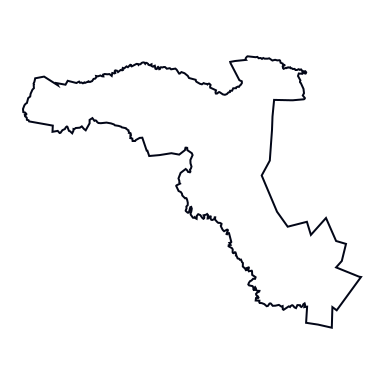 El Tule, Chihuahua, Mexico (orthographic projection)
{"feature_id": "50627088B96078514401884", "entity_name": "El Tule", "entity_type": "district", "adm_level": 2, "iso_a3": "MEX", "parent_name": "Mexico", "parent_adm1": "Chihuahua", "projection": "orthographic", "projection_center": [-106.33, 27.016], "detail": "fine", "context": "isolated", "style": "outline", "palette": "ink", "viewbox_px": 384, "rotation_deg": 0, "n_neighbors": 0, "source": "geoboundaries", "source_scale": "gbopen_adm2", "svg_char_len": 5843}
<svg xmlns="http://www.w3.org/2000/svg" viewBox="0 0 384 384"><path d="M331.8,327.7L332.4,307.1L336.7,310.3L361.0,277.0L359.1,276.7L336.1,267.4L341.8,261.0L346.0,243.9L336.1,241.0L326.0,218.0L310.9,234.9L306.9,221.8L287.7,226.7L277.0,211.7L261.7,175.5L269.8,160.6L272.0,130.0L272.5,116.5L274.1,99.9L292.5,100.3L303.8,99.3L304.5,98.9L304.9,98.1L302.8,95.5L304.0,93.2L303.5,88.9L300.8,83.0L300.1,82.4L300.0,81.4L300.4,80.4L298.0,76.0L298.8,73.5L302.4,73.8L302.9,73.3L302.5,72.3L303.2,72.1L305.2,73.6L305.8,73.4L306.2,72.3L305.3,71.2L303.9,71.4L302.3,70.9L301.0,69.4L299.9,69.9L298.7,69.2L296.9,70.0L295.5,70.0L294.6,68.9L292.8,69.0L291.6,68.2L290.7,68.2L290.1,67.3L289.1,67.7L288.1,67.3L286.6,68.1L286.1,67.8L283.6,68.8L283.1,68.3L282.7,66.4L284.5,65.3L284.4,64.9L283.0,64.7L282.7,63.6L280.6,62.7L280.1,60.7L279.6,60.2L277.3,60.4L275.1,59.8L272.4,60.5L269.2,58.3L267.7,58.7L264.7,58.7L263.2,58.0L262.0,58.9L260.7,58.0L258.6,58.2L257.4,56.9L255.6,57.2L247.6,56.3L246.9,56.7L245.8,58.1L245.5,59.3L246.0,59.9L235.1,61.0L230.2,61.9L230.5,63.1L239.4,80.2L241.8,81.3L241.9,83.0L240.9,84.7L239.9,85.5L238.9,86.9L238.0,86.6L236.3,87.3L236.0,88.2L233.2,88.3L232.1,90.7L230.1,90.8L229.9,92.1L228.5,92.4L226.8,94.1L224.9,94.8L222.9,94.4L219.5,92.1L218.9,92.1L216.9,93.6L215.8,93.5L215.5,92.2L216.0,90.3L210.2,87.6L210.1,86.4L210.6,85.0L209.4,83.7L208.5,83.7L207.5,84.4L207.3,84.0L204.9,83.7L203.7,83.1L201.9,84.3L200.0,83.8L196.5,81.8L195.9,81.0L195.7,79.8L189.0,78.0L187.8,75.9L184.5,73.2L181.4,72.1L179.7,73.6L179.1,73.6L176.7,69.8L175.4,68.6L171.1,69.3L169.8,68.2L166.8,68.7L165.1,67.1L163.9,67.0L162.1,67.5L161.0,67.2L160.2,67.8L159.8,69.1L159.2,69.2L158.8,67.5L158.1,66.9L157.6,67.3L157.1,68.7L156.2,69.1L155.4,68.7L154.8,65.7L153.9,66.0L153.4,66.6L152.6,66.6L151.6,66.0L151.5,64.3L150.7,64.7L150.6,65.3L150.0,65.3L148.5,64.8L148.1,63.9L146.7,62.9L145.8,62.9L145.2,63.8L144.3,62.6L143.2,62.4L141.7,62.9L140.5,64.2L139.0,64.3L138.5,64.9L137.9,64.0L136.5,63.9L131.7,66.4L131.1,66.0L131.0,65.0L130.3,64.8L127.9,67.2L126.5,66.4L124.2,68.4L122.8,67.9L122.5,68.6L122.9,70.0L122.2,70.3L120.6,70.0L118.0,72.1L116.9,70.7L115.3,70.4L114.7,71.2L115.3,73.0L114.5,73.4L112.3,73.0L111.7,75.9L109.5,74.1L107.3,74.3L104.7,74.0L103.1,74.6L103.4,76.4L102.1,76.3L100.4,75.5L98.0,76.3L96.1,76.0L96.4,77.1L95.2,78.6L93.6,78.9L92.1,81.1L89.9,82.0L88.4,81.3L88.0,82.0L87.2,82.0L85.0,82.9L84.4,82.4L82.9,83.3L81.4,82.5L80.0,82.8L79.1,81.6L76.4,83.0L67.7,80.8L65.5,84.7L56.6,83.1L57.8,85.3L44.1,76.6L35.2,78.3L34.4,81.8L33.6,83.6L34.0,84.6L33.7,85.0L33.9,88.2L32.5,89.6L30.6,93.8L30.2,96.5L28.2,98.1L26.9,103.0L25.6,103.8L24.4,105.3L23.0,109.0L23.3,112.1L25.2,112.6L26.4,114.1L26.2,114.6L24.8,114.7L25.1,116.3L26.7,117.6L26.9,119.8L28.5,120.2L29.1,121.4L52.8,125.6L52.5,131.8L57.7,130.9L59.6,133.0L60.5,132.8L62.4,130.2L64.9,129.0L65.8,127.3L66.9,126.5L67.4,126.8L68.9,130.8L70.1,131.3L72.2,133.3L73.4,130.8L73.5,129.0L74.2,129.2L75.8,128.0L79.8,127.7L81.8,126.4L83.9,128.9L85.7,130.3L89.6,123.3L89.6,119.9L92.4,118.1L94.4,120.8L95.3,120.4L96.3,120.7L97.1,122.0L98.4,123.0L100.8,123.2L106.5,122.6L111.0,123.4L113.9,124.4L114.9,125.3L118.6,125.9L121.1,126.7L121.7,127.3L125.9,128.2L126.1,128.7L128.5,130.4L128.5,131.4L129.2,132.3L129.0,132.9L130.3,133.1L130.3,133.6L130.7,133.8L130.9,134.9L130.5,134.9L130.3,136.2L131.0,137.6L130.4,137.6L130.3,138.1L132.3,138.6L132.6,141.0L135.1,141.0L135.9,140.0L139.7,137.9L142.3,137.7L146.7,150.7L147.4,150.7L149.2,156.0L159.4,155.1L171.4,153.2L179.2,154.6L184.9,150.2L185.5,147.7L186.1,147.6L186.8,148.4L187.2,148.2L187.4,150.2L191.8,153.2L192.6,155.1L190.4,160.0L190.5,163.3L191.5,166.6L190.9,168.5L190.0,169.7L190.4,171.7L189.9,172.3L187.9,171.8L187.4,170.6L185.7,169.0L180.6,172.9L178.5,178.4L179.4,181.1L179.3,182.4L180.1,183.6L176.6,185.3L176.2,185.9L178.6,191.0L180.9,192.1L182.0,193.8L182.3,195.5L185.1,198.3L185.9,198.0L186.5,198.3L187.2,200.1L187.8,202.8L187.7,205.2L186.4,206.5L186.5,208.5L185.7,210.4L185.8,211.0L187.7,212.7L188.4,212.7L189.1,211.7L190.3,207.2L191.2,206.9L191.8,208.7L191.2,211.9L190.6,213.2L190.7,214.6L192.9,217.7L193.9,217.8L194.7,217.1L195.3,218.1L196.6,218.8L196.8,215.9L198.2,214.2L200.3,215.1L202.2,217.8L203.4,218.8L204.1,218.3L204.3,216.8L203.6,215.3L206.4,214.6L207.1,214.0L208.0,215.0L207.6,218.5L208.4,218.4L209.2,216.5L210.6,216.4L210.8,216.9L210.1,217.6L211.3,219.8L212.2,220.0L213.7,219.4L214.5,218.5L214.7,217.3L215.2,217.3L215.0,219.5L217.1,221.9L218.3,222.9L220.0,222.9L221.5,223.7L221.4,224.9L220.8,225.5L220.9,226.3L222.6,229.7L223.5,230.7L224.1,231.2L227.1,229.6L227.7,229.8L227.9,230.4L226.5,234.0L227.1,234.3L228.3,233.1L229.0,233.1L231.3,242.0L231.0,242.5L229.4,242.9L230.6,244.9L228.7,245.2L228.6,246.3L232.0,248.2L232.7,249.4L232.6,252.2L232.9,252.9L233.8,253.2L234.9,252.2L235.5,252.4L236.2,254.4L235.9,255.6L236.7,256.1L237.6,258.4L239.1,258.8L239.9,259.8L241.0,259.6L242.0,262.1L242.9,263.0L242.8,266.5L245.0,268.5L245.9,270.2L246.8,270.0L246.3,268.2L248.7,267.4L248.9,267.7L248.3,270.0L248.8,271.3L251.7,270.7L252.0,271.1L252.2,274.9L255.6,277.2L255.1,278.8L253.1,278.8L251.4,280.6L250.1,281.1L248.9,282.8L248.3,284.5L249.1,285.4L252.5,286.1L253.6,287.9L253.3,289.0L253.8,290.0L254.7,289.9L254.7,287.5L255.1,287.1L255.9,288.4L256.1,290.1L257.5,290.8L259.4,290.9L259.2,291.6L257.0,292.7L256.0,294.0L256.4,295.2L257.9,296.4L258.5,297.6L257.9,298.2L256.5,297.6L256.0,298.0L255.7,300.5L259.4,300.7L259.3,302.4L259.7,303.0L261.7,303.1L264.3,304.1L266.7,306.2L267.9,305.9L269.5,303.6L270.2,303.4L270.9,303.6L272.7,305.8L275.3,305.7L278.9,304.9L281.4,306.6L282.6,306.1L282.8,309.3L283.6,309.8L288.7,306.4L290.0,307.0L290.4,306.2L292.1,305.2L293.0,305.6L294.5,307.4L296.0,308.1L297.4,305.1L300.0,305.2L300.4,306.3L301.3,307.0L302.6,306.0L303.4,304.2L304.6,303.4L305.2,305.4L304.5,307.1L307.1,306.7L306.1,322.8L318.1,324.6L331.8,327.7Z" fill="none" stroke="#020617" stroke-width="2"/></svg>